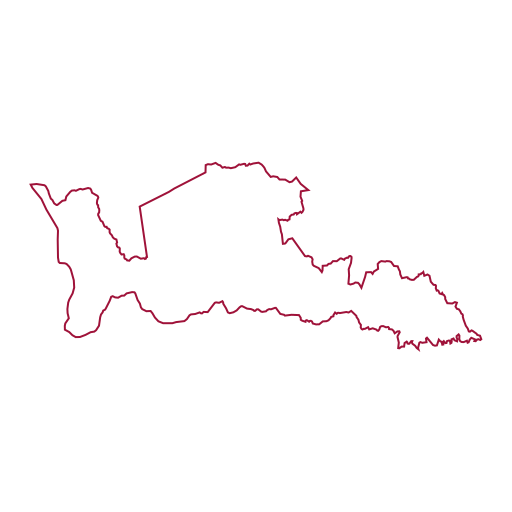 Tetu, Central, Kenya (Equal Earth projection)
{"feature_id": "3690345B96542987367119", "entity_name": "Tetu", "entity_type": "district", "adm_level": 2, "iso_a3": "KEN", "parent_name": "Kenya", "parent_adm1": "Central", "projection": "equal_earth", "projection_center": [36.862, -0.453], "detail": "fine", "context": "isolated", "style": "outline", "palette": "rose", "viewbox_px": 512, "rotation_deg": 0, "n_neighbors": 0, "source": "geoboundaries", "source_scale": "gbopen_adm2", "svg_char_len": 6053}
<svg xmlns="http://www.w3.org/2000/svg" viewBox="0 0 512 512"><path d="M30.7,184.6L32.4,187.9L41.4,199.0L46.4,209.6L57.4,228.1L58.0,230.7L57.7,239.5L58.0,257.6L58.7,261.9L59.8,263.0L64.8,263.3L66.6,264.0L69.2,266.7L70.7,269.3L71.2,270.9L73.8,280.3L74.2,287.6L72.6,293.4L69.2,299.7L68.2,302.6L67.4,309.0L67.6,313.2L68.8,318.3L65.3,323.4L64.8,325.9L64.9,329.7L69.3,332.1L72.4,335.2L75.7,337.1L80.0,337.0L85.5,334.9L90.6,332.2L94.3,331.6L96.1,330.2L99.0,325.7L100.2,317.2L101.0,314.5L102.6,312.4L103.2,310.6L105.0,309.7L105.7,308.7L109.7,300.8L111.2,296.8L112.7,296.2L115.1,297.4L118.1,297.7L121.6,295.7L124.2,295.6L126.6,293.4L132.1,292.1L134.5,292.3L135.3,293.4L137.6,300.0L139.9,303.6L140.9,307.3L142.2,309.1L146.4,311.2L150.6,311.0L152.4,313.2L154.9,317.5L158.4,321.3L163.1,323.2L172.4,323.2L176.1,322.1L184.4,321.1L186.9,319.1L189.5,315.3L191.0,314.4L195.2,314.0L199.7,312.4L200.9,313.3L202.0,313.4L203.6,311.9L207.7,312.1L214.8,302.8L216.1,302.4L219.1,302.8L222.4,301.2L223.1,302.3L223.3,303.8L226.1,308.4L227.9,312.4L229.7,313.2L233.4,312.3L236.7,310.4L239.6,307.3L241.2,306.2L242.3,306.2L247.0,308.6L251.0,309.1L253.5,310.1L254.2,310.9L255.1,310.9L256.9,309.3L258.2,309.3L261.1,311.6L262.3,311.9L266.0,311.3L267.3,310.0L269.2,309.1L271.0,309.3L274.9,307.9L275.9,307.9L280.3,313.9L284.1,314.8L284.9,315.6L291.5,314.8L299.0,315.1L300.7,317.8L300.8,319.8L302.2,320.7L305.5,321.8L305.7,320.7L306.4,320.2L307.1,320.3L309.1,321.7L309.7,321.0L310.8,320.8L312.0,321.5L312.8,323.5L316.0,324.4L319.2,324.3L322.8,321.4L326.5,321.2L328.5,320.3L330.4,318.3L331.2,316.9L333.4,316.3L333.5,315.0L335.1,312.5L336.7,313.8L337.6,312.9L338.7,312.8L339.8,313.1L346.3,312.0L348.6,312.5L351.2,310.9L356.3,315.8L356.6,317.1L358.4,319.7L359.1,322.5L360.9,324.9L360.7,327.5L361.7,329.1L362.6,329.5L363.7,328.8L364.8,328.9L368.1,327.2L369.2,329.4L372.7,328.3L376.4,329.6L377.3,330.6L378.2,330.8L379.3,329.5L380.1,327.0L381.3,326.2L383.2,326.1L386.0,327.3L388.2,327.0L389.0,327.9L389.1,329.1L391.9,329.4L393.5,330.8L394.7,333.3L397.4,331.4L399.3,331.3L399.7,332.3L397.7,335.8L397.5,336.9L398.8,342.6L398.2,348.1L399.3,348.3L401.6,346.6L404.1,346.6L404.6,343.0L406.7,341.6L407.3,342.3L407.5,343.5L408.2,343.8L409.3,343.7L411.3,341.1L412.3,341.1L411.8,342.3L412.4,343.7L415.2,345.8L416.7,348.0L418.4,349.3L418.0,348.0L419.4,342.7L420.4,342.1L422.3,342.8L426.5,342.2L426.0,338.5L427.0,337.7L433.0,345.0L435.0,345.7L436.9,345.4L438.8,339.6L440.4,341.4L441.5,341.7L442.3,344.7L443.3,344.5L443.1,341.8L443.8,341.1L445.3,343.1L446.5,343.0L446.9,341.2L448.8,340.5L449.9,340.7L450.4,343.5L451.4,342.9L451.7,341.4L451.6,339.3L453.5,338.5L454.5,340.3L457.1,341.3L457.3,338.9L456.6,337.6L456.6,336.1L458.6,334.4L459.4,335.6L459.3,339.3L460.2,341.2L461.7,342.0L463.7,342.1L466.9,340.7L467.6,342.7L468.6,342.3L469.8,339.5L471.3,337.8L475.2,339.5L474.4,341.0L475.6,341.2L477.2,339.5L478.4,339.2L480.3,340.0L481.3,339.2L480.0,335.7L477.2,334.9L476.6,333.8L472.5,330.8L471.5,330.4L469.9,331.7L468.8,331.4L467.8,328.6L465.8,325.7L463.6,319.7L462.8,316.7L462.9,315.3L462.4,314.2L461.3,313.6L460.3,311.3L458.8,309.3L456.9,308.8L455.5,306.6L456.9,302.7L454.9,302.1L452.3,303.5L447.3,303.2L445.2,299.0L445.2,297.2L444.1,295.1L443.2,294.8L442.2,293.0L441.5,294.1L439.6,293.5L438.4,290.8L437.6,290.3L436.7,290.6L435.8,288.3L436.0,285.9L435.5,285.0L433.5,284.8L430.8,281.7L429.5,275.8L427.5,274.5L424.3,275.8L423.3,272.0L422.3,273.1L421.3,273.3L420.8,274.2L418.7,274.4L418.7,275.6L418.0,276.5L416.9,276.9L413.8,279.8L411.9,279.9L409.7,279.3L408.9,278.5L408.0,278.4L407.6,277.3L406.5,277.2L402.0,278.2L400.3,274.5L399.9,271.3L398.9,269.5L397.7,266.3L394.0,266.0L391.2,262.0L389.4,261.3L386.5,261.1L385.3,261.6L381.3,261.1L379.4,262.1L377.7,264.0L378.1,268.9L373.8,271.6L372.6,273.9L371.0,272.1L366.2,272.3L365.1,276.9L361.4,287.8L359.4,284.3L358.0,282.8L355.3,282.5L353.6,283.6L350.4,284.5L348.4,283.7L349.1,275.3L348.7,269.2L351.0,262.9L351.6,257.9L351.4,256.7L350.3,256.0L349.3,256.1L347.9,257.9L347.1,257.6L344.8,258.7L344.2,259.8L341.1,258.4L340.2,258.5L336.8,261.2L333.0,261.1L330.7,263.6L328.5,263.9L327.0,265.5L322.7,265.8L322.5,270.5L321.8,272.1L318.7,268.1L313.8,265.8L312.7,264.6L312.2,261.7L312.6,259.3L311.5,257.3L308.0,255.8L306.9,256.4L305.0,256.1L292.3,238.3L288.4,239.3L285.6,243.1L284.9,243.6L282.9,243.8L281.9,234.3L281.0,231.7L280.2,226.7L278.9,222.8L278.4,219.3L279.4,220.1L282.4,219.6L283.8,220.2L285.1,219.8L287.5,220.7L288.1,219.9L289.5,219.4L289.7,216.6L291.6,214.8L293.7,214.5L294.4,213.4L295.9,212.9L296.8,213.0L297.0,214.2L300.4,211.7L301.5,212.8L302.5,211.8L303.5,209.8L303.4,208.3L301.5,201.8L302.2,200.9L300.5,196.7L300.9,191.3L308.3,190.1L300.7,183.9L296.2,177.5L292.0,181.6L289.5,182.2L285.2,179.6L279.5,179.5L277.3,177.0L273.2,176.3L270.7,176.9L266.0,171.4L264.5,168.0L263.5,166.6L261.7,164.6L258.6,162.7L253.2,163.5L250.3,164.5L249.3,163.7L247.5,165.6L245.8,165.7L245.2,164.0L244.1,163.8L240.3,164.8L239.1,164.4L235.3,167.2L230.8,168.2L228.6,167.6L226.1,167.7L224.9,167.0L222.4,167.7L220.3,165.4L218.3,164.8L215.6,162.9L211.2,164.5L207.9,164.2L205.7,165.1L205.5,172.4L174.3,188.5L168.9,191.9L139.7,206.6L147.0,257.0L146.2,257.2L145.9,258.6L144.9,259.0L144.0,258.2L140.8,258.7L136.8,256.5L134.7,256.6L131.4,258.3L129.3,260.7L127.1,260.4L126.6,259.5L124.7,258.6L124.3,257.5L124.3,255.4L123.7,254.2L121.5,254.5L120.3,253.0L119.7,251.7L119.8,248.5L119.3,247.6L118.1,247.4L117.1,246.4L116.7,244.9L116.4,243.6L117.1,242.5L116.4,239.5L114.3,238.7L112.8,237.3L111.9,235.3L110.1,233.4L109.6,232.2L109.6,229.6L108.8,228.8L107.2,228.2L106.6,226.8L105.3,226.9L104.4,226.2L102.5,221.7L100.8,220.8L98.1,215.0L98.3,213.5L99.1,212.6L99.3,210.3L99.1,208.8L98.2,207.4L98.1,205.2L97.3,204.6L96.9,203.1L97.2,200.2L98.3,197.6L98.0,196.6L97.5,195.9L92.1,192.8L91.1,189.8L90.3,188.6L88.1,188.0L82.6,189.5L80.6,188.9L79.4,189.1L75.9,190.8L74.5,190.3L71.8,190.6L70.2,191.9L66.3,196.5L65.4,200.2L62.4,200.8L57.4,204.9L56.5,205.0L54.2,203.4L52.4,200.0L50.8,198.6L48.8,193.3L48.3,191.0L45.9,186.5L45.1,185.7L44.3,185.2L36.6,184.0L30.7,184.6Z" fill="none" stroke="#9f1239" stroke-width="2"/></svg>